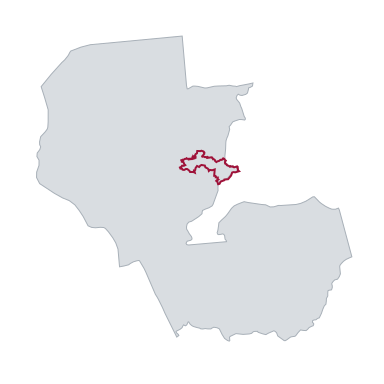 location of Mushindano, North-Western, Zambia, rotated 85°
{"feature_id": "96606910B46264133370016", "entity_name": "Mushindano", "entity_type": "district", "adm_level": 2, "iso_a3": "ZMB", "parent_name": "Zambia", "parent_adm1": "North-Western", "projection": "natural_earth1", "projection_center": [26.828, -12.5], "detail": "medium", "context": "in_parent", "style": "outline", "palette": "rose", "viewbox_px": 384, "rotation_deg": 85, "n_neighbors": 0, "source": "geoboundaries", "source_scale": "gbopen_adm2", "svg_char_len": 5529}
<svg xmlns="http://www.w3.org/2000/svg" viewBox="0 0 384 384"><g transform="rotate(85 192 192)"><path d="M260.2,270.7L242.4,270.7L236.0,272.4L230.7,274.9L224.4,278.7L220.7,281.5L219.7,283.0L219.2,286.3L219.2,291.4L218.5,295.1L216.6,298.5L207.0,302.5L200.7,305.9L194.6,309.8L189.9,315.0L186.7,321.3L181.4,329.1L170.4,343.0L164.0,345.6L158.6,345.0L152.2,342.1L147.0,341.6L143.2,343.4L139.7,342.8L136.5,339.9L133.8,338.8L131.6,339.6L128.8,339.5L123.7,337.9L119.2,332.9L116.8,330.8L115.0,330.0L109.7,329.2L97.6,328.1L85.0,330.6L73.9,333.1L62.5,322.0L51.6,310.3L49.3,307.3L45.2,303.4L42.2,301.5L41.0,300.5L38.0,290.0L36.4,280.4L35.8,188.2L85.6,188.2L88.8,187.8L88.9,186.9L86.6,181.9L86.7,180.2L87.3,176.9L89.5,170.2L89.6,168.0L88.6,160.7L88.7,156.6L89.2,148.4L88.9,145.7L90.0,142.0L90.4,139.5L90.9,138.5L90.3,135.7L89.3,125.9L88.7,121.8L91.7,122.5L92.7,124.5L93.3,126.6L94.6,126.8L98.2,128.1L99.4,129.9L100.2,133.8L99.7,135.8L98.6,137.4L99.8,138.8L102.1,139.8L103.5,139.5L107.5,136.8L111.2,135.9L113.1,135.2L121.3,133.4L123.0,132.5L124.1,132.5L124.9,133.2L124.2,136.0L123.9,138.5L125.0,143.1L125.7,145.3L127.5,146.8L128.7,147.7L130.1,149.3L132.9,149.0L139.3,151.4L141.2,152.5L143.8,153.6L145.7,154.0L152.2,154.8L159.1,156.1L162.6,156.3L165.2,155.9L166.9,155.3L168.0,154.5L168.5,153.9L171.1,145.0L172.4,144.4L174.1,143.9L175.1,144.7L176.2,150.3L181.2,155.3L182.9,159.5L184.1,163.1L185.2,164.1L187.1,165.3L190.1,165.8L192.8,165.9L206.1,172.1L207.6,173.2L209.2,176.5L210.2,180.2L211.3,183.1L213.0,183.7L214.5,183.9L216.0,185.9L217.2,187.6L221.1,194.9L221.7,197.8L223.6,199.7L226.2,200.5L228.6,200.6L230.0,199.8L233.4,198.3L236.1,196.6L238.0,196.0L239.2,196.3L240.0,197.5L240.6,201.1L242.5,202.4L243.9,201.9L244.4,200.5L244.5,199.7L244.5,161.9L243.3,162.1L241.8,163.2L238.3,163.3L236.9,164.1L236.4,165.3L236.7,166.9L236.8,169.1L236.3,170.1L234.7,170.5L232.5,169.6L228.4,168.6L225.0,167.9L222.6,165.1L219.3,160.8L217.1,158.6L211.9,154.2L211.1,153.3L209.5,151.2L208.1,147.6L206.9,143.5L206.2,140.9L207.4,136.9L210.5,123.8L211.2,119.7L213.7,115.5L213.9,111.8L212.9,107.1L213.2,104.4L213.5,89.4L212.8,84.7L211.1,79.4L207.4,72.1L207.4,70.5L213.2,65.8L214.9,64.0L218.0,60.1L220.0,56.8L221.3,54.2L221.7,50.7L220.8,47.5L222.8,46.8L270.5,38.4L271.2,40.6L272.6,44.4L274.2,47.1L276.3,49.5L278.0,51.0L279.2,51.4L286.5,51.3L289.2,52.7L291.5,54.6L292.0,57.5L293.5,59.3L295.2,60.7L295.9,60.8L297.1,60.5L299.0,60.5L300.8,61.1L301.7,61.7L301.8,64.1L302.3,65.2L304.8,65.6L307.4,65.8L309.8,67.4L312.4,67.7L315.5,68.4L316.9,70.1L320.2,71.9L324.1,73.6L328.5,76.2L328.6,77.0L329.3,78.6L330.1,79.7L330.1,81.4L330.5,82.9L331.6,83.3L332.5,83.4L333.4,82.3L334.6,82.3L335.8,83.0L336.3,84.8L337.3,87.2L338.9,88.8L340.0,90.4L339.6,93.2L338.9,95.9L341.1,98.4L343.9,100.9L344.7,102.0L344.9,105.6L345.3,106.9L347.2,109.9L348.2,111.9L348.1,113.1L342.9,119.1L339.6,120.0L338.2,121.2L337.4,122.5L339.4,128.5L340.5,130.8L339.6,133.6L337.5,138.4L336.5,138.9L336.3,142.5L337.0,143.8L338.0,144.9L338.4,147.4L338.3,153.5L336.9,160.5L339.2,166.6L340.0,167.3L343.3,167.3L343.8,167.9L343.0,169.6L340.7,172.3L336.6,174.4L330.7,176.7L329.4,178.9L328.6,182.1L329.3,184.0L330.0,185.1L329.8,187.9L329.2,190.8L329.4,193.2L329.1,195.2L328.3,196.2L327.3,199.3L326.0,202.5L325.0,203.9L323.5,205.4L321.1,206.6L321.1,207.2L323.8,208.7L324.5,209.7L324.7,210.4L323.6,211.9L324.8,212.9L326.3,213.7L327.7,215.8L329.3,219.7L329.6,220.1L330.0,220.1L330.9,219.7L332.6,218.1L333.8,217.6L335.2,219.8L310.4,229.5L304.5,231.5L295.8,234.9L293.0,236.2L290.7,237.4L267.7,245.0L264.0,246.4L255.9,250.3L255.6,250.9L255.7,252.7L256.4,256.3L257.8,259.6L259.0,261.5L259.8,266.4L260.2,270.7Z" fill="#d9dde1" stroke="#a8b0b8" stroke-width="1"/><path d="M186.5,165.3L186.3,163.9L184.1,162.5L183.1,158.8L182.4,158.6L182.4,154.9L179.0,151.6L176.1,150.3L175.8,149.1L176.2,147.1L175.4,143.3L174.1,144.5L173.1,144.2L172.0,144.7L171.2,144.2L170.4,144.8L171.1,147.9L170.7,148.8L170.0,149.1L170.1,151.2L169.7,151.5L170.1,152.1L169.1,153.2L168.7,154.4L168.2,155.0L167.6,155.0L166.6,156.5L165.0,156.6L163.7,155.6L162.3,157.1L161.8,157.0L161.2,158.0L162.6,159.5L162.4,160.9L163.4,162.3L163.7,164.1L164.3,165.1L163.2,166.2L162.0,166.5L161.1,167.6L161.2,168.2L159.5,168.8L159.5,169.5L159.1,169.8L159.3,172.2L158.6,173.3L159.4,173.6L159.4,174.1L158.3,175.0L158.4,176.1L157.4,177.9L157.7,178.6L157.3,178.8L155.0,176.4L154.0,176.7L153.6,176.3L152.6,177.0L151.7,179.1L152.0,180.0L151.6,183.2L153.9,183.7L154.6,185.1L156.4,186.2L156.8,185.4L157.5,185.4L157.6,186.1L157.9,185.7L156.8,187.2L157.3,187.1L157.4,187.7L157.7,187.4L157.3,188.1L158.0,188.2L158.1,187.8L158.5,188.7L158.9,187.6L159.2,189.0L158.6,189.4L159.1,190.0L159.2,191.4L158.7,191.0L158.6,193.6L157.9,194.5L158.5,195.1L158.4,196.2L159.0,197.4L159.5,197.9L159.2,198.3L160.0,198.8L159.4,199.0L159.3,199.8L159.7,199.9L160.3,199.2L161.0,199.4L161.5,197.9L163.5,197.3L164.6,196.4L165.2,197.9L164.9,199.6L166.0,200.5L166.5,201.9L167.7,201.5L167.9,199.9L168.9,199.5L169.2,198.7L169.3,197.7L168.5,196.0L168.8,194.6L170.7,192.7L171.9,192.2L172.2,188.8L173.0,187.5L172.3,187.6L171.8,188.3L170.8,188.2L171.0,187.6L170.4,186.9L168.5,186.4L166.5,184.7L167.7,182.7L166.5,181.5L165.9,180.2L166.8,176.9L168.6,176.5L169.9,174.4L171.0,173.6L172.5,173.4L171.6,172.1L172.1,170.0L171.5,167.4L177.8,168.5L178.0,167.2L178.8,166.8L179.4,167.0L179.5,166.0L181.3,165.1L181.6,165.3L181.9,164.8L182.2,165.3L182.6,165.1L182.3,165.5L181.8,165.4L182.5,166.0L182.3,166.5L182.7,165.7L183.3,165.9L182.8,166.7L183.0,166.9L184.1,165.8L186.5,165.3Z" fill="none" stroke="#9f1239" stroke-width="2"/></g></svg>